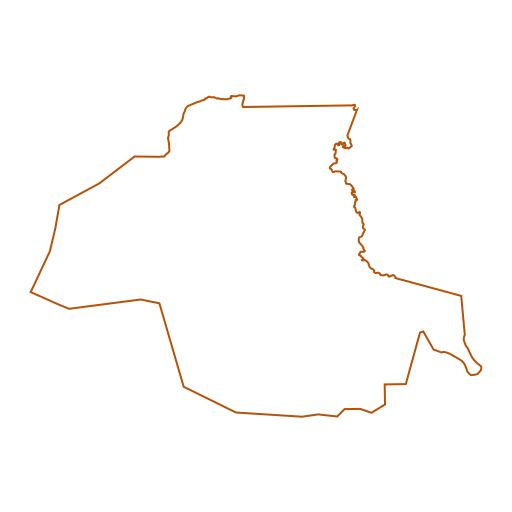 Choloma, Cortés, Honduras (orthographic projection)
{"feature_id": "27666195B9794587356195", "entity_name": "Choloma", "entity_type": "district", "adm_level": 2, "iso_a3": "HND", "parent_name": "Honduras", "parent_adm1": "Cortés", "projection": "orthographic", "projection_center": [-87.878, 15.648], "detail": "fine", "context": "isolated", "style": "outline", "palette": "amber", "viewbox_px": 512, "rotation_deg": 0, "n_neighbors": 0, "source": "geoboundaries", "source_scale": "gbopen_adm2", "svg_char_len": 6044}
<svg xmlns="http://www.w3.org/2000/svg" viewBox="0 0 512 512"><path d="M371.4,412.8L385.0,404.5L384.7,384.4L405.8,384.1L420.0,332.6L420.5,332.3L422.1,332.0L423.3,331.5L433.6,349.6L441.7,352.5L443.1,352.0L444.3,352.0L446.1,352.4L448.5,353.2L450.1,354.0L458.6,358.8L460.4,359.9L462.0,361.1L462.7,361.9L463.6,362.9L464.3,363.9L465.0,365.1L466.1,367.7L466.5,368.8L466.9,370.5L467.6,371.8L468.1,372.5L468.8,373.3L469.8,374.2L470.6,374.8L471.4,375.1L472.1,375.1L475.8,374.5L477.4,374.1L479.8,371.6L480.7,370.5L480.9,370.0L481.2,369.1L481.3,368.2L481.3,367.5L481.2,366.7L480.9,366.2L479.9,365.3L477.4,363.4L475.4,361.5L473.7,359.6L471.9,357.0L470.8,354.8L467.6,348.1L466.3,346.4L465.4,344.7L464.7,342.9L464.0,340.6L463.7,339.5L463.9,337.7L464.2,336.3L464.8,334.8L461.2,295.9L395.5,278.1L395.6,277.4L395.3,276.8L394.3,275.7L393.8,275.2L393.4,275.1L393.0,275.1L392.3,275.4L390.8,275.8L389.5,276.6L389.0,276.7L388.8,276.6L388.1,275.3L387.8,275.0L387.4,274.7L386.8,274.4L386.4,274.4L385.0,275.0L384.3,275.1L383.4,275.4L382.7,275.4L380.4,274.9L380.2,274.7L380.1,274.2L379.7,273.5L379.2,273.1L378.6,272.8L377.7,272.7L376.5,273.0L375.8,273.0L375.2,272.9L374.2,272.2L374.2,270.5L373.7,270.0L373.2,269.4L371.5,268.7L370.4,267.9L369.8,267.3L369.3,266.2L368.4,263.3L368.1,262.7L367.5,262.0L366.7,261.2L365.9,260.7L365.3,260.2L362.8,260.3L362.3,260.3L362.0,260.2L361.9,260.1L362.0,259.9L362.9,259.4L363.3,259.1L363.5,258.9L363.4,258.6L362.7,257.9L361.2,256.6L360.8,255.8L359.1,255.1L358.9,254.9L358.9,254.6L359.0,254.2L359.7,253.5L360.4,252.0L360.6,251.8L361.2,251.7L362.3,251.8L363.5,251.8L364.4,251.5L364.6,251.3L364.8,251.0L364.8,250.7L364.6,250.4L364.0,249.9L363.7,249.5L363.4,248.6L363.3,247.6L363.2,247.3L361.4,244.9L359.0,242.2L358.8,241.2L358.7,239.6L358.8,238.3L359.0,237.9L359.2,237.5L359.9,237.0L360.9,236.8L361.5,236.6L361.7,236.4L362.0,236.1L362.6,234.8L363.2,233.3L364.4,231.0L364.8,230.4L364.9,230.0L364.7,229.5L362.9,227.8L362.8,227.6L362.8,227.3L362.9,226.5L363.7,224.3L362.8,223.2L362.4,222.5L362.3,221.6L362.3,219.6L362.2,218.7L361.6,217.8L361.0,216.5L360.1,215.6L359.5,214.7L359.5,214.4L360.0,212.9L360.0,212.3L359.7,212.1L359.2,212.1L357.8,212.9L357.3,212.8L356.8,212.5L356.3,211.8L355.9,211.0L355.6,209.7L355.5,208.6L355.4,208.2L354.9,207.5L354.3,207.2L354.1,206.9L354.1,206.3L354.3,205.7L354.4,205.4L354.8,205.0L355.1,202.1L355.3,201.7L355.6,201.6L355.7,201.1L355.6,200.5L355.6,200.1L355.8,200.0L356.1,199.9L357.0,199.9L357.2,199.6L356.4,198.0L356.3,197.7L356.3,197.3L356.1,197.0L355.8,196.9L354.5,197.0L354.2,197.0L354.0,196.9L354.1,196.4L354.6,195.9L354.9,195.5L354.9,195.2L354.6,195.1L352.8,194.9L352.4,194.8L352.2,194.6L352.0,194.2L351.7,192.8L351.9,192.4L352.3,192.2L353.7,192.4L354.7,192.3L354.9,192.1L354.9,191.6L354.6,191.1L354.2,190.8L352.5,190.4L352.1,190.1L352.0,189.9L352.2,189.6L353.5,189.0L353.7,188.8L353.7,188.6L353.4,188.2L352.8,187.6L352.1,186.3L351.8,185.9L351.0,185.3L350.6,184.6L349.9,184.2L347.0,183.8L346.3,183.7L346.1,183.6L346.0,182.8L345.7,181.9L345.4,181.2L345.3,180.7L346.0,178.4L346.1,177.7L346.0,177.1L345.9,176.7L345.5,176.1L344.1,174.3L343.6,173.9L342.7,173.6L341.7,173.1L341.2,172.6L341.1,172.4L341.1,172.0L341.0,171.8L340.4,171.5L338.9,171.6L337.5,171.3L336.9,171.5L336.1,171.3L335.3,171.3L333.4,172.1L333.1,172.1L332.9,172.1L332.5,171.7L332.0,170.5L331.2,169.1L330.8,168.8L330.1,168.6L329.9,168.4L329.9,168.1L330.0,167.4L330.6,166.4L333.1,163.9L333.6,163.6L334.6,163.3L335.6,163.3L336.1,163.2L336.6,162.8L336.8,162.3L336.8,161.6L336.5,161.1L336.4,160.8L336.6,160.3L337.1,160.0L337.3,159.8L337.4,159.4L337.3,159.0L336.9,158.5L335.7,158.3L334.8,157.8L334.7,157.6L334.6,156.8L334.5,154.5L334.6,154.3L335.2,153.9L335.6,153.2L335.9,149.9L335.5,149.7L333.9,149.7L333.7,149.6L333.6,149.4L333.9,148.7L334.6,147.5L334.8,146.5L334.8,145.2L335.1,144.8L335.4,144.4L335.8,144.0L336.3,143.8L336.7,143.7L337.3,143.7L337.5,143.8L337.6,144.5L338.0,145.0L338.4,145.3L338.8,145.3L339.0,145.2L339.1,143.0L339.2,142.5L339.4,142.3L339.6,142.2L340.3,142.1L340.9,142.2L341.4,142.5L341.4,142.9L341.1,144.0L341.3,144.3L341.6,144.5L342.3,144.4L342.9,144.1L343.5,143.6L343.7,142.9L344.0,142.7L344.3,142.6L344.7,142.9L345.0,143.6L345.4,144.5L345.5,145.6L345.4,145.9L345.2,146.1L344.7,146.1L344.2,145.9L343.9,145.9L343.5,146.1L343.1,146.4L342.9,146.9L343.0,147.2L343.3,147.4L344.0,147.7L345.3,148.1L347.5,147.8L348.0,148.0L348.3,148.4L348.6,148.5L349.1,148.3L349.6,147.9L351.0,146.6L351.5,146.4L351.7,146.2L351.7,145.7L351.5,144.9L350.7,143.6L350.4,143.0L350.4,140.2L350.3,139.4L350.1,139.2L349.6,139.1L349.0,138.9L348.4,138.3L347.9,137.2L347.4,135.5L357.0,109.7L356.6,110.0L355.8,110.1L354.8,110.0L354.2,109.8L353.9,109.5L353.6,108.8L353.7,108.4L354.7,106.7L355.1,105.5L355.0,105.2L354.7,104.9L354.1,104.8L353.3,105.0L352.5,105.3L351.4,105.5L350.1,105.4L243.0,107.0L242.8,106.1L242.4,105.3L242.4,104.5L242.5,103.4L243.0,101.9L243.2,100.7L243.4,100.2L243.9,99.4L244.1,99.0L244.1,96.1L244.0,95.7L243.8,95.5L243.1,95.5L242.2,95.6L240.9,95.3L239.5,95.3L238.0,95.7L237.2,96.0L236.4,96.4L236.0,96.4L231.4,96.0L231.0,96.2L230.8,96.5L230.8,96.8L231.2,97.2L231.3,97.7L231.3,97.8L231.1,98.1L230.8,98.2L228.0,99.0L227.7,99.2L227.1,99.3L220.8,99.1L218.3,98.3L217.4,98.5L216.9,98.5L213.8,97.1L211.9,97.4L210.6,97.1L209.6,96.7L209.2,96.7L208.8,96.8L207.8,97.3L206.6,98.4L206.0,98.5L205.4,98.4L204.8,99.6L203.7,100.0L201.7,100.6L200.1,101.3L196.6,102.4L195.3,102.9L187.8,106.1L187.2,106.6L186.0,108.2L185.5,109.0L184.5,111.8L183.6,113.6L183.0,117.1L182.4,119.5L181.7,120.8L180.6,122.5L178.8,124.3L176.4,126.4L172.0,129.3L169.7,130.6L169.2,131.1L168.8,131.6L168.7,132.1L168.8,135.0L168.6,136.0L168.2,137.3L168.0,138.3L168.3,139.7L168.7,141.6L169.1,144.9L169.2,147.3L169.4,149.8L169.4,150.8L169.3,151.2L169.0,151.6L167.9,153.0L165.8,154.4L164.4,156.5L164.2,156.6L161.8,156.5L159.4,156.8L134.6,156.5L99.3,183.4L59.4,205.0L55.3,228.4L49.9,251.2L30.7,292.1L59.7,305.0L69.1,308.8L140.6,299.5L159.4,303.3L183.7,386.8L235.9,412.5L302.0,416.7L318.2,414.4L337.2,416.5L344.6,409.1L360.3,408.9L371.4,412.8Z" fill="none" stroke="#b45309" stroke-width="2"/></svg>